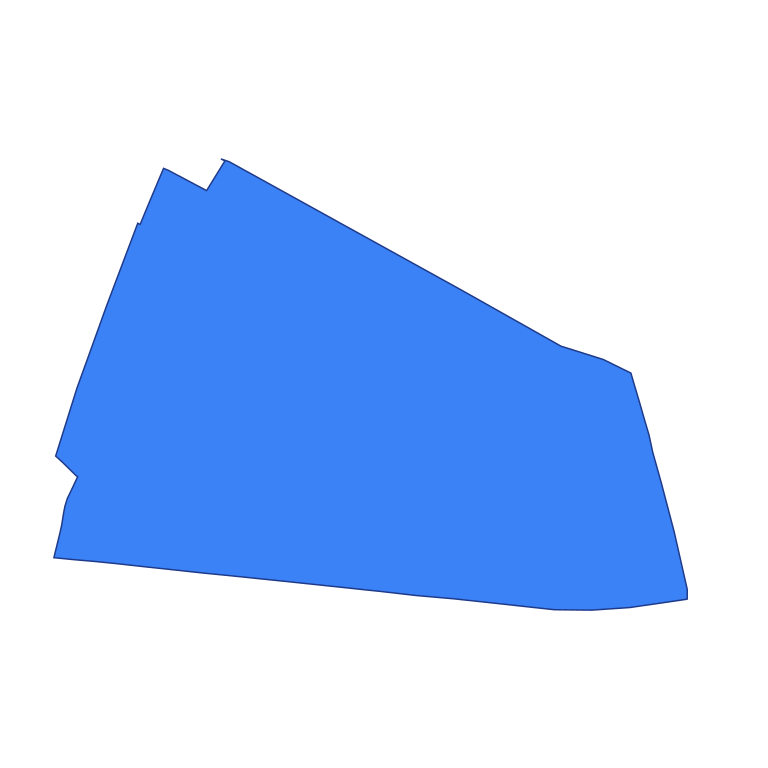 outline of Al Sahil, Al Qahirah, Egypt, rotated 95°
{"feature_id": "37247803B54164801772616", "entity_name": "Al Sahil", "entity_type": "district", "adm_level": 2, "iso_a3": "EGY", "parent_name": "Egypt", "parent_adm1": "Al Qahirah", "projection": "natural_earth1", "projection_center": [31.249, 30.094], "detail": "fine", "context": "isolated", "style": "filled", "palette": "blue", "viewbox_px": 768, "rotation_deg": 95, "n_neighbors": 0, "source": "geoboundaries", "source_scale": "gbopen_adm2", "svg_char_len": 981}
<svg xmlns="http://www.w3.org/2000/svg" viewBox="0 0 768 768"><g transform="rotate(95 384 384)"><path d="M591.9,299.9L591.9,298.2L591.9,295.6L594.0,194.6L591.5,161.8L591.3,159.7L591.2,157.7L585.3,119.8L572.3,64.7L571.8,63.2L562.2,64.0L506.1,82.0L458.7,99.0L428.4,110.4L415.7,114.3L411.2,115.7L410.8,115.9L394.5,122.3L384.0,126.3L379.9,127.9L360.6,135.5L351.6,139.0L340.5,167.6L330.9,211.0L322.0,230.6L284.8,312.6L176.0,557.7L174.0,566.1L175.6,561.9L206.8,577.6L189.8,617.8L189.1,620.1L188.4,622.4L228.3,635.2L243.9,640.1L246.3,640.9L245.9,641.9L245.3,643.3L330.4,667.2L390.3,683.0L392.3,683.6L394.4,684.1L415.2,689.6L484.4,704.8L488.7,699.1L496.3,689.8L502.2,682.7L502.6,681.9L503.1,681.1L518.1,686.6L525.7,689.5L533.6,691.2L540.2,691.9L552.7,692.8L560.4,693.8L576.0,696.2L580.3,696.9L585.8,697.7L586.0,678.4L586.0,655.1L586.3,632.6L586.9,607.2L588.1,546.9L588.3,527.1L589.1,473.7L590.9,372.0L591.9,333.1L591.9,299.9Z" fill="#3b82f6" stroke="#1e3a8a" stroke-width="1.5"/></g></svg>